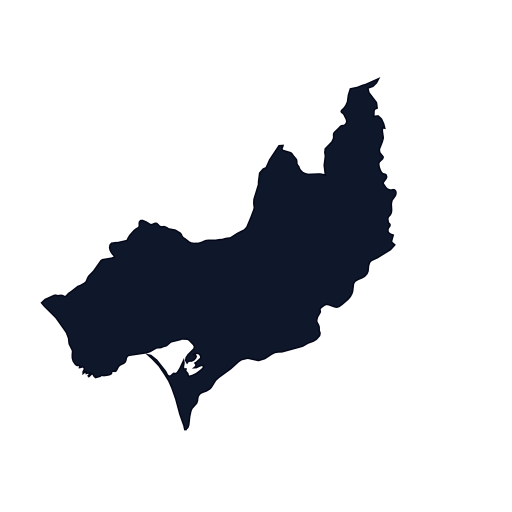 the Department of Magdalena, rotated 230°
{"feature_id": "COL-1416", "entity_name": "Magdalena", "entity_type": "Department", "adm_level": 1, "iso_a3": "COL", "parent_name": "Colombia", "parent_adm1": "", "projection": "robinson", "projection_center": [-74.235, 10.123], "detail": "fine", "context": "isolated", "style": "filled", "palette": "ink", "viewbox_px": 512, "rotation_deg": 230, "n_neighbors": 0, "source": "natural_earth", "source_scale": "10m", "svg_char_len": 5411}
<svg xmlns="http://www.w3.org/2000/svg" viewBox="0 0 512 512"><g transform="rotate(230 256 256)"><path d="M168.4,93.5L168.3,91.8L167.9,90.8L168.8,89.8L172.5,91.8L175.9,93.0L183.8,96.0L198.2,102.7L209.1,106.8L216.4,108.9L224.0,110.0L234.0,111.1L243.8,110.5L249.7,109.7L247.5,111.5L240.2,113.0L225.9,112.6L224.2,112.3L222.6,111.8L221.0,111.7L219.3,112.6L218.9,114.0L219.1,116.0L219.0,117.7L217.8,118.4L217.2,120.6L218.8,125.5L222.5,133.4L220.2,132.0L218.0,129.4L216.1,127.9L214.4,129.8L213.3,128.2L209.8,128.2L207.7,127.1L206.6,127.7L205.4,130.5L204.5,133.9L204.2,136.2L204.0,141.3L204.3,143.8L205.2,145.0L207.2,144.2L208.1,141.5L208.8,138.6L210.2,136.7L210.2,138.5L210.7,139.7L211.8,140.3L213.3,140.4L213.0,142.0L213.3,148.3L215.5,149.5L217.9,149.4L219.8,147.9L220.4,145.0L218.8,146.0L217.4,145.6L216.6,144.0L216.3,141.4L216.9,139.2L218.1,137.7L218.8,136.3L218.3,134.4L221.3,135.0L223.1,137.3L224.1,140.6L224.8,148.7L226.2,150.7L228.4,151.1L234.2,150.7L235.3,150.5L236.7,149.6L239.5,146.5L240.1,146.0L240.5,144.5L244.8,135.7L244.9,134.5L244.8,129.8L246.4,126.2L246.7,124.8L247.2,123.9L249.3,121.1L249.7,120.2L250.8,113.7L252.2,110.0L261.5,94.9L261.9,93.6L261.5,91.6L259.4,88.8L258.8,87.2L258.9,85.4L259.7,82.5L259.9,80.9L259.6,79.2L258.3,76.1L257.9,74.5L258.2,73.9L259.6,72.4L259.9,71.6L259.8,70.6L259.4,70.1L259.0,69.9L258.8,69.4L259.2,67.6L260.0,66.0L261.9,62.9L262.7,62.0L263.4,61.5L263.9,60.8L264.1,59.0L266.0,54.9L268.3,54.7L270.2,55.2L271.3,54.4L271.0,50.4L272.1,50.4L272.2,51.5L272.5,52.2L273.1,53.7L274.7,51.4L275.1,50.4L275.6,50.7L275.9,50.8L276.2,51.4L277.1,51.4L277.1,48.0L278.6,49.3L279.7,51.9L281.3,52.6L282.7,51.8L283.4,50.0L284.0,49.0L285.3,50.4L286.4,50.4L286.6,49.2L287.2,48.5L288.1,48.2L289.3,48.0L293.0,48.4L295.9,49.7L298.4,51.7L301.0,54.3L302.1,54.8L308.8,56.4L313.6,59.6L319.4,61.6L337.3,63.1L354.0,61.6L358.0,61.6L358.0,62.1L358.3,66.4L355.6,76.0L354.8,77.4L353.6,78.1L353.0,78.7L351.1,81.5L350.3,82.2L349.4,82.7L348.2,83.1L347.6,83.8L347.3,84.8L347.7,87.3L347.8,89.1L347.5,91.2L347.2,100.0L346.3,102.5L345.5,106.6L345.4,108.3L345.6,109.6L347.3,112.8L348.1,114.9L348.8,121.8L352.1,134.3L351.9,136.0L347.0,144.3L346.2,146.8L347.4,147.5L349.5,147.3L351.9,147.5L354.4,148.1L356.7,149.4L358.3,151.4L358.6,153.6L356.5,157.0L355.0,158.9L350.8,167.1L352.2,170.3L353.0,172.8L353.9,179.1L353.8,181.6L353.3,184.2L353.7,185.5L354.6,186.4L355.9,187.3L357.1,188.7L357.3,190.4L356.2,191.9L352.8,193.7L348.5,195.1L347.4,195.7L346.8,197.0L345.9,199.8L344.8,200.9L342.7,201.2L341.0,201.2L339.4,202.0L337.4,204.7L335.1,205.9L333.1,206.4L327.7,210.8L322.1,212.7L320.5,212.6L319.3,212.2L318.2,212.0L316.8,212.0L314.8,212.7L309.5,213.8L307.6,214.7L305.6,216.5L302.8,219.9L301.5,222.8L300.2,227.2L298.7,229.6L294.1,235.0L291.9,238.7L290.4,240.6L288.8,244.2L286.3,248.1L285.3,256.1L284.1,261.4L283.5,263.3L283.7,265.7L284.0,267.6L288.7,276.7L292.6,283.7L294.1,285.8L296.1,287.0L298.2,288.5L300.8,291.0L309.3,304.1L310.9,305.3L317.2,312.1L317.9,316.5L318.0,317.7L317.1,320.5L320.9,328.3L325.7,344.5L323.3,347.8L322.4,346.5L322.1,345.8L321.5,344.8L320.6,344.4L319.6,344.5L313.4,348.6L312.1,349.2L310.4,349.2L309.4,349.0L304.0,349.0L302.6,348.3L300.5,346.7L299.4,346.3L296.9,346.2L295.5,345.6L294.2,345.3L293.1,345.2L289.8,345.5L287.5,346.6L285.0,348.4L277.8,357.7L273.5,361.2L281.6,366.5L288.0,373.4L291.0,375.2L293.6,377.9L294.6,387.5L296.2,390.9L297.5,392.2L298.9,393.2L299.8,394.2L300.3,395.4L300.7,401.4L300.9,402.9L301.0,404.2L300.9,405.0L300.6,405.7L300.0,406.5L299.4,407.4L299.3,408.1L299.3,408.9L299.5,409.8L299.9,410.9L300.7,412.0L302.5,413.0L308.2,414.4L309.5,414.3L310.7,413.9L311.8,414.0L312.5,415.1L312.7,418.3L313.5,421.6L315.3,425.2L319.8,430.1L323.4,435.7L319.9,442.2L318.3,447.2L316.9,450.3L313.0,464.0L311.2,459.6L310.8,454.6L312.7,449.6L308.6,447.5L296.1,446.9L291.4,443.9L292.2,441.2L290.9,439.3L288.9,437.6L287.4,435.8L284.8,439.6L280.3,440.2L275.3,438.8L271.1,436.8L272.8,435.3L270.8,433.3L264.6,429.4L262.3,426.1L258.5,419.1L255.8,417.3L250.1,417.1L249.1,415.6L248.8,410.9L247.6,409.1L244.7,407.4L241.4,406.2L238.7,405.8L237.0,406.4L235.8,407.4L234.4,407.8L232.5,406.9L231.7,405.4L230.6,401.0L230.0,400.0L225.2,399.5L222.8,399.7L220.4,401.1L219.4,402.3L218.8,403.6L217.9,404.5L216.3,404.8L214.9,404.2L213.5,403.0L212.6,401.3L211.2,395.9L208.9,393.1L204.1,389.5L202.9,388.3L201.9,386.9L201.2,385.2L201.0,383.2L200.6,381.8L199.5,380.7L197.0,379.1L196.3,378.9L194.3,379.0L193.5,378.6L192.9,377.7L192.2,375.2L191.4,374.0L189.6,372.7L187.6,372.7L185.7,373.4L183.8,374.6L180.8,370.2L179.7,368.8L175.3,369.5L174.4,363.1L176.6,348.1L178.4,341.3L178.0,338.8L176.2,336.0L172.3,332.0L171.1,329.6L170.6,326.1L171.2,323.0L172.4,319.2L173.0,315.6L172.1,312.9L167.0,307.5L165.6,305.4L164.3,302.1L163.7,298.6L163.6,290.9L163.9,287.2L164.8,285.0L166.4,283.6L171.6,280.6L173.5,279.1L174.4,276.8L174.6,272.4L174.2,270.9L173.1,270.1L172.1,269.6L171.6,269.0L169.7,263.8L168.3,261.9L167.5,261.0L166.6,260.3L162.2,259.3L161.0,258.7L158.2,256.5L155.7,255.5L154.1,253.5L153.4,248.8L153.9,245.2L155.9,239.7L156.9,233.9L157.9,231.6L165.8,214.4L168.2,211.3L170.0,208.3L170.8,204.6L171.7,196.8L174.3,190.7L183.0,184.0L185.9,178.3L186.3,174.8L185.9,164.0L186.9,149.6L186.8,146.2L186.6,144.8L184.1,137.2L183.9,135.0L184.5,131.2L185.7,128.0L186.5,125.0L185.9,121.9L184.4,119.8L182.8,118.2L181.4,115.9L180.4,109.0L179.2,106.6L175.8,102.2L169.8,95.9L168.4,93.5Z" fill="#0f172a" stroke="#020617" stroke-width="1.5"/></g></svg>